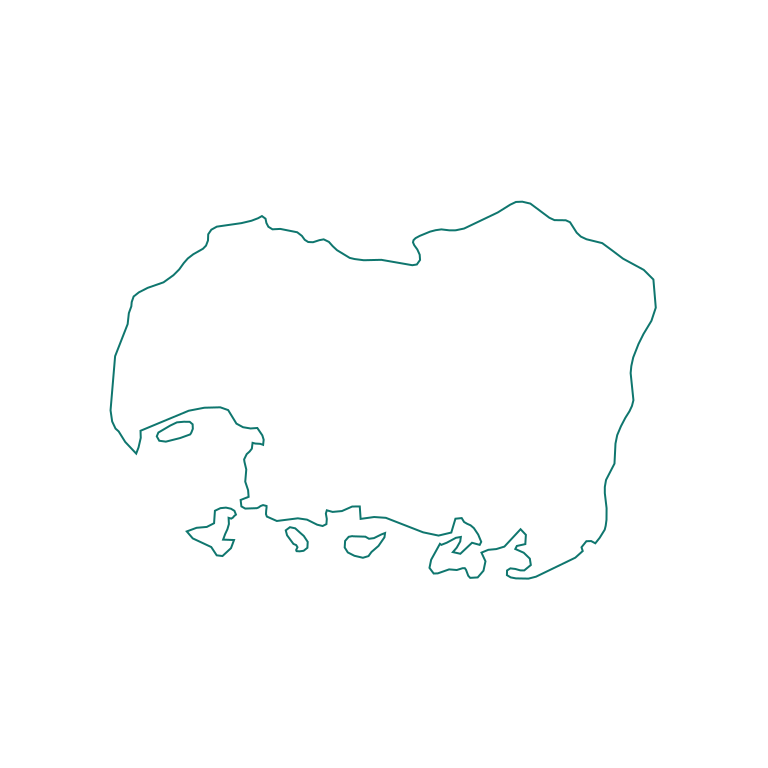 an SVG outline of Hiroshima, rotated 27°
{"feature_id": "JPN-1821", "entity_name": "Hiroshima", "entity_type": "Prefecture", "adm_level": 1, "iso_a3": "JPN", "parent_name": "Japan", "parent_adm1": "", "projection": "orthographic", "projection_center": [132.763, 34.576], "detail": "fine", "context": "isolated", "style": "outline", "palette": "teal", "viewbox_px": 768, "rotation_deg": 27, "n_neighbors": 0, "source": "natural_earth", "source_scale": "10m", "svg_char_len": 3757}
<svg xmlns="http://www.w3.org/2000/svg" viewBox="0 0 768 768"><g transform="rotate(27 384 384)"><path d="M644.6,430.0L639.9,429.9L635.7,432.2L634.1,439.8L636.9,442.6L633.3,451.9L606.9,486.7L601.1,491.8L589.8,497.3L584.7,498.8L580.3,498.5L578.3,494.3L580.3,490.9L584.9,489.2L590.0,488.2L593.6,486.4L597.0,478.6L593.2,473.4L585.1,470.9L575.9,471.4L575.9,468.0L582.6,462.5L578.9,454.0L571.6,451.4L565.1,474.2L559.0,480.1L552.2,484.4L547.4,490.0L554.9,495.9L557.4,505.2L555.3,513.8L548.8,517.6L546.1,516.6L541.4,512.3L539.6,511.4L537.6,512.5L533.3,516.7L526.2,519.6L517.9,528.3L514.3,530.3L508.0,527.2L505.8,519.2L506.4,501.0L508.1,501.3L512.0,496.9L517.9,488.4L521.9,485.4L523.4,489.7L523.1,496.8L521.7,502.5L529.1,500.6L534.5,485.5L542.3,483.9L542.3,480.5L536.3,475.4L529.5,471.6L525.3,470.6L521.6,470.8L518.0,470.6L514.1,468.2L508.8,471.6L511.4,485.8L501.4,494.3L486.2,498.4L446.4,502.4L435.6,507.0L424.4,514.8L418.0,504.1L411.3,507.6L404.2,516.3L396.3,521.3L390.4,522.5L391.0,525.8L394.3,530.2L396.3,535.0L393.8,538.4L388.3,539.7L377.0,539.8L368.2,542.8L350.7,554.7L339.8,555.3L337.9,553.5L336.5,550.3L335.4,547.3L334.7,546.0L331.2,546.8L329.4,548.8L328.3,551.0L327.0,552.4L316.9,558.0L312.5,557.8L308.9,552.4L314.6,546.0L311.1,540.3L304.7,534.0L300.1,522.7L295.0,516.7L293.6,514.7L293.5,508.8L294.9,505.2L295.6,501.6L293.6,496.1L296.3,495.5L300.9,493.5L303.9,493.1L302.1,488.3L298.9,485.0L291.1,480.7L285.3,484.2L278.0,486.5L270.5,486.3L257.0,478.0L248.7,479.1L234.7,486.7L222.1,496.5L188.3,536.2L191.7,542.4L194.1,552.0L194.8,558.5L192.0,557.5L179.7,553.1L169.1,546.7L165.0,545.6L158.8,540.8L152.3,531.6L131.8,481.3L128.4,447.0L124.5,436.7L123.6,429.5L122.0,425.5L121.2,419.7L124.0,413.6L129.8,405.6L141.4,393.5L147.0,382.6L149.5,374.9L150.7,367.1L152.2,361.2L155.2,354.9L161.3,345.7L162.6,341.5L162.0,336.0L159.4,330.4L160.1,324.9L163.6,319.7L183.9,305.4L191.8,298.7L196.5,293.5L199.0,289.8L203.4,290.5L206.1,293.9L209.6,296.4L214.4,296.8L221.2,292.9L237.8,288.2L243.6,289.3L247.9,291.5L252.0,291.9L256.4,289.9L261.1,285.2L264.6,282.5L270.4,282.4L275.8,284.5L281.4,286.1L296.2,287.2L301.1,286.0L309.8,282.9L325.2,274.6L355.3,265.3L359.0,262.6L359.8,257.1L357.1,252.6L352.6,249.0L347.9,246.6L345.5,244.6L345.0,242.4L345.9,239.7L348.6,235.8L355.9,227.3L360.2,223.5L364.9,220.2L372.5,217.4L378.1,214.5L384.8,209.1L407.5,179.5L415.0,167.0L418.9,161.9L424.4,158.8L432.5,156.8L455.8,160.8L461.5,160.6L471.6,155.6L476.3,155.4L487.0,161.7L492.5,163.3L498.7,163.1L514.5,159.4L526.0,161.3L540.1,163.8L563.6,164.4L576.6,168.6L591.5,192.6L593.6,206.3L592.5,221.6L592.6,232.8L594.0,247.2L596.2,255.7L598.8,262.3L613.6,285.2L614.9,291.0L615.1,296.9L614.4,304.5L614.3,314.1L615.0,323.7L617.3,332.0L625.5,350.3L625.4,368.7L627.5,375.5L630.3,381.0L638.7,393.6L643.9,404.0L645.9,409.7L646.8,413.6L646.0,423.1L644.6,430.0L644.6,430.0ZM312.7,612.6L304.1,607.7L283.7,608.4L275.2,604.9L282.3,597.2L291.0,591.8L295.8,585.2L290.9,573.7L294.6,568.9L299.3,565.9L304.3,564.6L308.3,564.9L311.4,567.6L310.5,569.6L310.0,571.7L309.0,573.3L306.3,573.8L309.4,579.2L310.4,584.5L310.6,589.9L311.3,595.7L321.2,591.1L322.2,599.7L318.2,610.6L312.7,612.6ZM449.9,519.3L452.6,516.3L454.0,520.4L452.6,530.8L449.1,539.4L448.3,544.4L444.1,548.4L435.6,550.5L428.2,550.5L423.2,547.5L420.6,541.5L421.9,536.2L424.7,534.0L425.9,533.6L436.7,528.5L440.9,528.7L445.0,525.9L449.9,519.3ZM231.8,506.8L234.0,510.7L234.4,514.9L234.2,516.9L226.9,524.7L215.8,534.4L209.5,536.6L205.3,533.8L205.0,529.7L212.4,518.1L216.9,512.2L222.8,508.5L228.1,505.9L231.8,506.8ZM381.5,555.8L387.7,559.3L390.1,564.7L388.1,569.1L384.8,571.4L382.0,572.6L381.1,571.8L381.0,568.7L378.9,567.4L375.9,567.6L366.3,562.8L362.9,559.0L365.2,554.3L370.4,552.9L377.9,554.9L381.5,555.8Z" fill="none" stroke="#0f766e" stroke-width="2"/></g></svg>